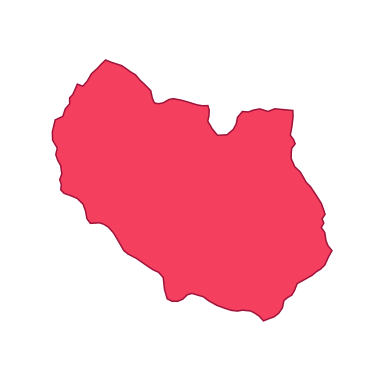 Barbosa, São Paulo, Brazil (Natural Earth projection), rotated 192°
{"feature_id": "56859067B46640188812314", "entity_name": "Barbosa", "entity_type": "district", "adm_level": 2, "iso_a3": "BRA", "parent_name": "Brazil", "parent_adm1": "São Paulo", "projection": "natural_earth1", "projection_center": [-49.922, -21.291], "detail": "fine", "context": "isolated", "style": "filled", "palette": "rose", "viewbox_px": 384, "rotation_deg": 192, "n_neighbors": 0, "source": "geoboundaries", "source_scale": "gbopen_adm2", "svg_char_len": 1761}
<svg xmlns="http://www.w3.org/2000/svg" viewBox="0 0 384 384"><g transform="rotate(192 192 192)"><path d="M303.9,303.2L307.2,298.4L310.4,293.0L314.9,286.8L317.6,278.5L320.8,272.8L326.6,273.7L327.8,267.5L328.9,262.5L331.3,258.6L330.0,252.8L333.2,247.1L334.1,239.1L340.8,234.1L341.1,221.7L339.1,213.7L332.9,206.9L333.0,200.2L330.0,195.2L326.0,190.6L323.1,182.6L324.0,176.6L321.4,172.2L320.8,166.8L316.9,164.1L310.6,163.3L303.0,161.9L295.9,157.3L292.2,151.3L289.2,144.0L284.9,140.2L276.2,142.6L271.9,142.2L266.4,140.2L260.2,135.6L253.1,127.9L246.5,120.5L241.6,118.0L232.8,115.6L218.0,109.4L213.8,107.8L208.0,106.5L202.4,102.4L198.6,90.9L194.0,82.3L188.9,81.0L183.3,82.1L178.7,85.3L175.1,90.6L171.0,92.8L164.7,92.3L159.1,91.9L152.9,89.0L144.2,86.3L135.2,85.0L128.9,84.4L122.8,85.0L118.0,86.9L110.1,87.8L106.0,86.8L100.4,84.5L95.3,80.8L89.8,84.5L85.8,86.9L82.1,91.2L79.5,97.3L79.5,104.9L76.3,108.9L73.0,111.8L71.3,116.9L70.1,124.2L57.1,135.6L54.0,139.7L50.1,143.4L46.9,148.2L45.1,156.6L42.9,163.8L47.7,167.6L50.8,172.2L53.7,179.9L58.2,184.2L56.6,189.0L59.2,192.8L57.2,197.8L59.8,202.4L63.2,207.8L69.7,214.5L77.2,221.8L82.6,225.4L86.7,230.2L90.3,234.1L96.8,238.1L102.0,245.4L102.9,250.2L103.6,255.3L101.1,260.6L103.6,264.4L107.7,268.1L107.9,276.9L108.8,286.6L110.3,292.7L128.3,290.6L134.5,286.6L143.0,287.4L148.9,284.9L153.5,282.0L159.5,281.2L163.0,274.5L162.9,267.6L164.7,261.7L169.7,255.2L178.9,252.8L185.5,258.1L191.3,264.6L191.3,270.2L192.2,275.7L194.4,279.8L199.9,278.5L204.8,278.3L208.9,278.6L214.1,279.1L222.0,279.6L229.8,279.4L233.7,277.7L238.9,273.1L243.4,271.3L247.5,271.4L250.6,276.1L253.4,282.5L260.8,287.4L266.2,290.6L271.6,294.9L277.3,296.8L281.3,298.6L287.1,301.0L298.0,302.1L303.9,303.2Z" fill="#f43f5e" stroke="#9f1239" stroke-width="1.5"/></g></svg>